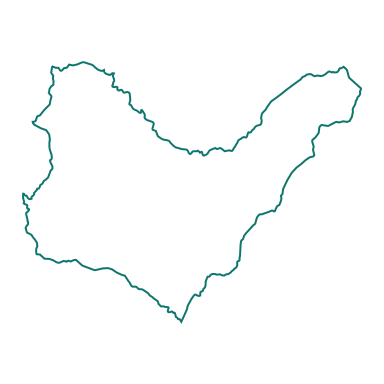 the district of Soibada, Manatuto, East Timor
{"feature_id": "22284137B69618697341021", "entity_name": "Soibada", "entity_type": "district", "adm_level": 2, "iso_a3": "TLS", "parent_name": "East Timor", "parent_adm1": "Manatuto", "projection": "natural_earth1", "projection_center": [125.93, -8.852], "detail": "fine", "context": "isolated", "style": "outline", "palette": "teal", "viewbox_px": 384, "rotation_deg": 0, "n_neighbors": 0, "source": "geoboundaries", "source_scale": "gbopen_adm2", "svg_char_len": 5863}
<svg xmlns="http://www.w3.org/2000/svg" viewBox="0 0 384 384"><path d="M343.6,66.8L341.9,67.9L340.9,68.3L340.0,68.2L339.1,69.2L338.8,70.3L337.2,72.2L334.3,72.5L333.1,71.9L332.4,72.3L331.5,72.3L330.4,71.7L329.2,71.5L328.2,71.9L325.1,74.4L322.8,75.7L321.8,75.9L320.4,76.0L317.2,75.5L315.0,76.2L313.9,76.0L311.4,74.4L310.0,74.0L306.6,74.7L304.9,76.1L302.5,77.1L300.3,79.8L299.2,80.4L287.5,89.0L280.1,94.9L271.1,101.5L266.7,107.6L266.0,109.3L262.5,112.9L261.7,114.7L261.1,118.0L261.7,120.5L261.6,121.7L261.1,123.8L260.5,124.6L258.7,125.3L257.2,125.6L256.1,126.2L255.1,127.0L254.0,128.7L251.9,130.6L250.9,132.2L249.8,132.6L248.5,132.3L247.9,133.2L247.7,134.2L246.7,136.9L246.1,137.4L245.4,137.5L244.2,137.1L243.5,137.2L242.6,137.5L241.3,138.5L238.4,140.3L237.2,143.0L236.1,144.6L235.0,146.7L233.8,148.1L233.3,149.3L232.1,150.9L230.8,150.9L229.3,150.3L224.7,151.2L221.3,148.5L220.3,148.1L219.1,148.3L217.3,149.0L216.5,148.9L215.2,148.0L210.1,150.1L209.3,150.8L207.6,153.5L206.2,154.7L203.8,155.6L202.8,154.9L202.0,152.1L201.4,151.8L200.0,152.7L198.2,150.8L197.5,150.8L196.8,151.2L193.1,151.3L192.4,151.7L191.3,153.4L190.0,154.0L188.8,153.0L188.0,151.2L187.4,150.2L186.4,149.6L181.9,149.1L175.8,147.4L174.8,146.8L173.4,145.7L170.2,142.5L169.6,141.4L168.8,140.8L166.5,140.1L164.3,139.8L162.1,139.1L158.1,136.4L157.5,135.4L155.9,131.0L152.8,129.8L152.5,129.1L152.5,128.3L153.7,124.3L153.6,123.2L153.2,122.6L152.4,121.9L146.9,120.0L145.1,118.6L144.6,117.7L144.8,114.6L143.0,111.5L141.7,110.0L141.1,110.4L141.1,112.3L140.7,112.9L139.3,112.6L137.0,110.7L134.0,109.4L133.2,108.8L132.1,107.2L131.3,105.6L130.7,104.9L129.8,104.7L129.4,104.2L129.4,103.4L130.2,100.6L130.2,98.2L129.7,93.9L129.3,92.9L128.2,92.2L127.1,92.0L124.3,92.7L123.6,92.5L122.4,90.7L121.6,89.9L121.0,89.8L118.9,90.6L118.2,90.3L117.3,89.4L117.5,87.9L117.3,87.1L116.6,86.8L113.6,87.1L112.7,86.7L112.3,86.1L112.5,85.0L113.1,84.5L113.1,82.8L114.1,80.9L114.2,80.0L113.9,78.9L113.0,76.3L113.0,75.5L113.9,73.4L112.5,73.2L111.7,73.6L110.5,74.9L108.7,74.7L106.3,73.9L104.9,72.9L104.1,71.7L104.0,70.0L102.5,70.8L101.6,70.9L98.8,70.1L96.9,68.9L92.3,64.9L83.8,62.2L82.0,62.4L77.3,64.4L73.7,65.3L72.2,65.3L69.2,64.6L66.8,67.7L65.8,68.0L64.4,67.9L61.9,70.5L60.7,70.8L59.8,69.9L58.4,67.8L55.7,67.8L52.6,66.5L52.1,67.1L51.2,72.5L51.5,73.4L52.8,75.0L53.2,75.8L52.9,78.2L53.0,79.2L53.5,80.7L53.4,84.6L53.0,85.2L51.5,86.0L49.7,88.6L49.4,89.7L49.2,91.5L48.8,92.9L50.6,95.0L51.4,96.3L51.4,97.2L50.5,100.0L49.7,104.5L44.4,109.8L39.8,115.5L37.5,116.2L37.0,116.8L35.9,120.4L35.5,121.0L34.5,121.6L32.7,121.8L33.0,123.1L34.3,124.7L40.9,128.3L46.1,130.1L48.4,133.3L49.1,134.5L49.4,135.7L49.9,140.2L49.6,140.9L49.4,142.3L49.4,146.9L49.8,149.5L51.6,155.1L51.8,156.8L51.8,158.1L51.3,159.3L50.8,159.9L50.0,160.3L50.3,161.9L52.3,166.2L52.5,167.0L52.3,169.0L50.7,170.5L48.1,177.5L45.7,179.8L43.7,181.1L42.5,183.6L40.3,185.1L39.5,187.5L38.7,188.6L37.2,188.7L36.7,190.1L34.3,192.7L34.0,193.4L34.2,194.3L33.3,195.5L31.8,196.6L31.5,197.5L31.6,198.7L30.1,199.2L28.8,198.8L27.8,198.0L27.4,197.1L26.5,195.7L25.5,195.7L24.4,195.0L24.0,193.9L23.2,193.7L23.0,197.6L24.2,201.9L23.7,203.4L25.0,204.2L26.9,204.9L27.3,205.8L27.1,207.5L27.5,208.7L28.6,208.8L29.1,209.9L28.0,211.4L26.8,212.3L26.2,213.1L26.2,214.3L27.5,219.8L27.5,221.2L28.0,221.8L28.1,223.1L28.0,224.2L26.4,226.3L25.6,228.1L26.3,230.0L26.6,231.6L27.2,232.7L29.2,233.6L31.6,235.0L32.8,237.0L35.1,239.8L37.0,242.9L37.3,246.4L36.4,248.4L36.1,250.4L36.3,253.0L36.6,254.2L40.1,254.6L44.4,258.7L49.3,258.9L53.0,260.2L56.6,262.3L58.7,262.8L59.5,262.7L63.7,260.9L66.7,261.7L67.1,261.1L68.6,260.7L70.7,261.5L73.7,260.1L74.9,259.9L76.0,259.9L82.0,265.3L83.1,265.9L94.4,270.1L95.5,270.1L102.9,268.4L108.0,268.1L112.1,269.4L117.0,272.7L122.2,275.0L124.9,275.7L128.7,281.5L129.4,282.3L130.9,285.1L131.7,286.1L132.7,286.7L135.3,286.6L136.6,287.0L138.2,288.7L138.9,289.1L142.4,289.4L147.7,292.9L148.6,293.7L149.7,295.4L152.1,296.9L153.8,298.5L157.3,300.8L157.8,301.4L158.6,304.0L160.9,306.3L161.6,306.5L162.8,306.3L164.0,306.5L165.3,306.9L168.1,307.2L168.6,307.7L168.3,309.2L167.8,310.5L167.9,311.4L168.3,312.1L170.2,312.1L171.9,311.4L173.5,312.9L174.2,312.6L175.0,313.2L175.9,316.9L177.4,317.9L178.1,319.1L179.7,319.2L181.3,321.8L186.0,311.5L187.2,308.5L187.3,307.2L188.0,305.2L191.7,298.6L193.8,295.6L194.7,294.8L195.4,294.5L198.1,295.8L199.1,296.0L200.2,295.5L200.3,293.0L200.6,291.8L201.3,291.7L202.9,290.8L203.3,289.1L205.0,287.3L205.3,286.3L205.6,284.9L205.7,283.7L205.6,282.2L205.9,280.8L207.6,276.7L209.2,276.7L209.9,276.1L210.7,274.8L211.6,274.3L212.8,273.9L215.2,274.1L217.1,274.7L219.7,274.3L221.9,275.2L223.1,275.5L224.4,275.5L225.8,274.5L226.5,274.3L228.1,274.2L230.4,272.7L232.0,271.0L233.4,270.0L234.3,268.8L235.8,267.9L236.5,267.0L237.2,265.6L237.2,262.2L237.8,261.3L238.6,261.1L239.2,260.7L239.6,260.0L239.5,257.8L239.9,256.5L240.1,254.6L240.6,244.2L241.1,241.1L241.6,240.2L242.7,239.5L243.2,238.7L244.1,235.8L246.3,232.9L251.2,227.6L252.6,225.9L254.7,224.2L255.3,223.4L256.8,217.9L257.6,216.5L259.4,214.5L260.1,214.3L261.8,214.3L269.0,211.8L271.9,210.5L272.8,210.7L273.8,211.4L274.8,211.2L276.5,207.3L277.3,206.0L279.3,205.0L280.1,203.1L280.9,201.0L281.4,198.6L281.4,197.9L280.9,195.9L282.5,193.8L283.1,189.1L287.3,180.2L291.8,172.7L296.4,167.7L301.1,164.1L305.6,160.1L308.5,158.1L310.3,157.1L313.1,156.5L313.9,155.8L314.3,155.1L313.0,149.7L313.6,147.5L313.6,146.2L312.3,142.0L312.2,140.7L312.4,140.0L315.2,137.6L318.5,133.3L318.8,132.1L319.3,127.5L320.0,126.3L321.1,125.3L322.0,125.0L327.5,125.9L328.6,125.8L333.6,123.1L335.6,122.1L336.6,121.9L338.4,122.4L339.7,122.3L343.1,121.3L347.1,121.9L349.6,121.0L351.9,116.8L352.9,112.0L352.7,109.2L353.1,108.1L355.1,104.5L355.5,103.2L355.9,100.7L356.9,99.6L357.5,97.4L359.4,95.6L359.9,94.5L360.2,93.5L360.0,91.4L360.8,89.7L361.0,88.4L349.2,77.8L348.7,76.5L347.2,70.8L346.4,69.3L343.6,66.8Z" fill="none" stroke="#0f766e" stroke-width="2"/></svg>